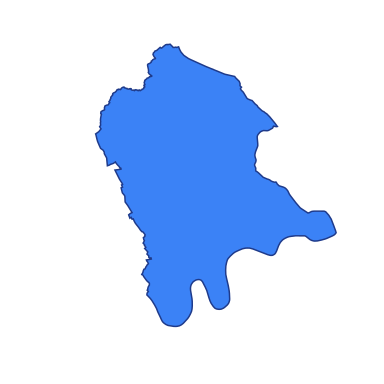 Manorom, Chai Nat, Thailand, rotated 227°
{"feature_id": "78962969B59709031749795", "entity_name": "Manorom", "entity_type": "district", "adm_level": 2, "iso_a3": "THA", "parent_name": "Thailand", "parent_adm1": "Chai Nat", "projection": "orthographic", "projection_center": [100.194, 15.331], "detail": "fine", "context": "isolated", "style": "filled", "palette": "blue", "viewbox_px": 384, "rotation_deg": 227, "n_neighbors": 0, "source": "geoboundaries", "source_scale": "gbopen_adm2", "svg_char_len": 6054}
<svg xmlns="http://www.w3.org/2000/svg" viewBox="0 0 384 384"><g transform="rotate(227 192 192)"><path d="M260.6,150.6L250.8,147.7L246.4,146.9L244.9,146.5L244.9,146.3L245.2,145.3L242.9,144.5L243.4,143.0L238.9,140.5L235.7,140.3L234.7,140.0L230.3,136.3L226.0,135.8L217.8,134.1L217.8,133.8L218.3,132.7L218.4,131.9L218.5,130.1L215.2,128.7L215.0,130.2L213.0,129.6L212.4,130.7L209.6,129.7L207.4,129.2L202.4,128.8L199.3,128.3L197.1,128.3L196.6,128.7L195.9,128.9L193.0,128.6L192.5,128.4L192.1,127.3L191.6,127.1L191.8,125.3L190.1,124.3L189.5,124.1L189.0,124.1L188.2,122.3L188.0,121.4L185.6,121.3L185.5,121.2L185.4,120.8L183.0,120.5L182.9,120.2L183.0,118.9L178.3,118.8L177.3,116.7L174.7,116.8L173.9,115.9L172.9,115.9L171.7,117.1L170.7,116.5L173.4,112.3L172.5,111.9L170.9,111.8L169.3,111.2L169.3,109.5L168.9,108.4L168.7,107.3L167.8,105.2L168.0,104.7L168.3,104.2L167.7,102.8L166.5,100.9L166.0,99.0L165.6,99.0L165.3,99.3L164.4,99.4L163.0,99.0L159.0,98.5L157.4,98.4L156.1,98.5L155.8,98.7L154.3,98.6L153.8,98.0L153.1,97.5L152.5,95.4L151.7,94.0L150.8,93.1L150.8,92.3L149.0,92.2L148.8,90.7L148.6,90.1L147.5,88.8L142.9,88.9L141.5,88.8L139.7,88.6L134.8,87.6L131.0,86.6L127.6,85.2L121.9,83.4L119.6,82.6L117.7,82.1L116.9,82.0L115.0,82.1L112.8,82.6L110.7,83.5L106.2,87.0L104.9,88.3L103.9,89.5L102.7,91.6L102.1,93.7L101.9,96.1L102.4,102.5L102.9,104.8L103.9,107.7L105.0,110.2L106.4,112.2L108.5,114.5L111.9,117.6L114.1,119.3L120.8,123.7L122.3,124.9L123.6,126.3L124.5,127.7L125.0,128.9L125.4,130.7L125.5,131.6L125.3,133.3L124.9,134.9L124.5,135.7L123.6,137.0L122.6,137.9L121.2,138.5L120.5,138.5L119.3,138.5L113.3,136.8L109.8,135.6L103.6,132.5L100.3,131.0L97.6,130.1L93.8,129.5L91.5,129.5L90.6,129.8L89.7,130.2L88.9,130.8L87.7,131.8L86.9,132.8L86.3,133.7L85.6,135.8L85.4,137.1L85.3,140.6L85.6,142.6L86.3,144.2L87.3,145.8L88.2,146.7L92.3,150.2L94.4,151.8L98.7,154.6L105.3,158.4L108.7,160.5L111.9,163.3L114.8,166.3L116.8,169.1L118.1,171.3L118.7,173.0L119.0,176.2L119.0,179.9L118.8,182.0L118.4,183.5L117.4,186.6L116.0,190.3L114.5,192.8L113.6,193.9L111.8,195.8L108.8,197.7L94.4,204.7L92.5,205.9L91.8,206.5L90.9,207.6L90.6,208.3L90.2,210.1L90.4,211.5L91.2,213.7L93.7,218.7L94.8,221.9L95.0,223.1L95.2,225.5L95.0,226.9L94.7,228.4L93.9,230.9L93.1,232.6L91.8,234.5L89.4,237.8L83.0,244.6L81.8,245.1L77.0,245.8L75.2,246.4L73.5,247.4L72.5,248.2L71.5,249.4L70.6,250.5L68.5,254.1L66.8,257.4L66.1,259.1L64.3,264.2L63.7,266.4L63.6,267.8L63.9,269.6L65.6,270.5L71.0,272.8L77.2,275.3L81.8,276.2L86.3,276.3L87.5,275.8L88.1,275.3L92.1,271.1L94.6,268.4L95.9,266.7L96.3,265.9L97.0,263.4L97.6,262.5L97.9,262.4L105.2,260.6L106.8,260.3L113.4,260.6L121.7,261.4L123.9,261.7L127.4,262.8L129.4,263.0L131.2,262.9L133.0,262.3L137.2,259.9L139.7,259.8L141.4,260.2L142.1,260.2L142.4,259.6L142.9,259.0L144.6,258.0L145.9,257.4L147.7,257.1L149.0,256.6L149.9,256.0L154.2,254.1L160.7,253.7L162.6,253.4L163.6,253.0L164.6,253.5L165.7,254.7L166.4,255.1L168.3,255.7L169.1,256.2L169.7,257.0L170.5,259.1L171.2,260.1L171.9,260.8L174.5,262.0L176.0,263.0L176.7,263.8L178.1,265.9L180.5,270.9L181.1,271.8L182.7,273.2L187.2,276.7L188.2,277.7L188.6,278.4L189.0,279.5L189.3,281.9L189.3,283.2L188.9,284.6L188.2,286.2L185.7,288.6L185.1,289.4L184.7,290.5L183.8,294.3L183.9,295.0L184.5,296.2L184.5,296.6L183.3,297.4L182.1,298.4L181.7,299.1L186.0,299.6L194.0,300.1L198.4,300.0L199.5,299.6L201.9,299.3L202.6,298.9L203.7,298.6L209.1,298.2L210.8,298.6L213.6,298.2L215.9,298.3L218.0,298.3L218.9,297.7L221.7,296.4L223.0,296.1L230.1,297.6L232.7,297.5L234.3,297.7L234.6,298.0L234.9,299.7L235.5,299.6L237.0,299.6L238.5,301.1L240.8,302.0L245.6,301.8L247.4,302.0L255.8,296.3L274.2,287.8L289.5,281.4L292.1,280.4L297.5,279.2L301.9,279.4L304.5,280.1L307.3,281.2L308.2,279.3L309.0,279.0L309.6,277.8L310.1,277.5L310.5,276.8L312.4,276.9L313.6,276.8L314.8,276.9L315.6,276.0L316.3,274.7L316.9,274.5L317.7,273.0L317.8,271.1L318.0,270.3L317.8,269.0L318.2,267.6L318.4,267.5L319.3,267.5L319.5,267.4L319.6,262.9L320.4,260.7L320.0,260.0L320.0,258.5L319.5,257.9L319.3,257.4L319.1,257.2L316.7,256.5L314.9,256.5L314.6,256.3L314.6,255.8L315.1,255.1L315.5,253.5L315.2,252.4L315.5,251.5L315.3,251.2L314.8,250.8L314.7,250.5L315.0,248.5L315.5,247.4L315.5,246.7L315.3,246.2L314.5,245.6L311.2,243.6L309.4,242.1L309.3,241.6L307.6,241.2L304.4,241.8L304.1,241.5L304.1,241.3L304.5,241.0L304.6,240.6L305.0,240.3L304.9,239.9L305.3,239.6L305.1,238.3L305.4,237.6L305.9,236.9L305.6,235.8L305.9,234.7L305.8,234.2L305.9,233.9L305.6,233.2L305.3,233.0L305.0,232.6L304.9,231.9L304.5,231.7L304.0,231.3L302.8,230.9L302.9,230.0L302.3,229.8L302.4,229.3L301.1,229.1L301.2,228.1L301.0,227.5L300.7,227.4L300.6,227.1L300.8,226.8L300.9,225.9L301.2,225.6L301.0,225.2L301.1,224.6L301.5,223.8L301.5,223.2L302.4,223.2L302.8,222.6L302.6,222.1L303.0,221.9L303.1,221.6L303.4,221.6L303.7,221.4L304.0,221.4L304.2,221.1L305.0,220.8L305.1,220.3L305.5,220.1L305.4,219.2L305.8,219.2L305.9,218.8L306.6,218.6L307.1,217.8L308.2,217.3L308.7,217.4L309.0,217.9L309.3,217.8L309.6,217.5L309.7,217.0L310.1,216.8L310.2,216.0L310.7,215.7L311.0,215.4L311.6,215.0L312.1,215.1L312.5,214.5L313.2,214.4L314.3,213.6L314.9,213.9L315.2,213.8L315.8,212.7L316.0,211.8L316.0,210.8L315.6,210.0L315.6,209.6L315.8,209.4L316.3,209.3L316.7,208.9L316.8,208.4L317.5,208.2L317.4,207.6L317.9,207.0L317.4,205.2L317.4,203.8L318.0,202.1L318.0,201.2L317.7,200.6L317.1,200.4L316.7,197.2L315.9,196.6L315.6,195.8L315.6,195.3L315.0,194.8L314.7,192.8L314.6,192.7L313.4,192.7L313.3,191.4L312.9,190.4L313.2,189.6L313.8,188.7L314.3,187.1L314.2,186.9L313.2,185.2L312.1,184.5L311.8,184.0L312.5,181.9L312.8,180.3L311.9,179.0L311.4,178.7L310.9,178.9L310.5,178.7L310.3,178.2L308.3,175.5L306.9,174.0L305.5,173.0L305.2,172.3L303.7,171.2L302.9,170.3L302.9,169.3L302.8,169.0L300.2,168.5L299.7,164.9L300.2,161.1L299.6,160.9L295.8,158.7L293.3,157.4L289.2,155.9L286.2,154.9L283.3,155.5L281.2,155.1L279.8,154.0L275.1,152.8L268.9,148.0L268.0,150.0L267.7,151.6L267.4,152.0L266.5,154.2L266.2,156.5L264.7,156.1L262.0,156.0L260.1,156.1L259.2,155.7L258.5,155.8L258.2,156.2L257.7,156.1L257.1,155.6L260.6,150.6Z" fill="#3b82f6" stroke="#1e3a8a" stroke-width="1.5"/></g></svg>